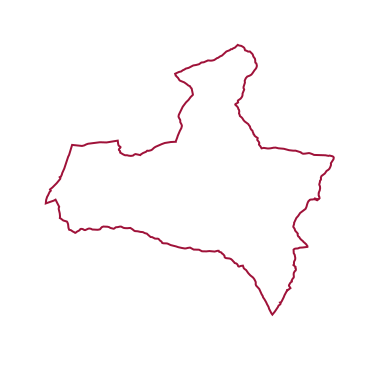 Talea, Prahova, Romania (Natural Earth projection), rotated 169°
{"feature_id": "2599482B77158206199320", "entity_name": "Talea", "entity_type": "district", "adm_level": 2, "iso_a3": "ROU", "parent_name": "Romania", "parent_adm1": "Prahova", "projection": "natural_earth1", "projection_center": [25.556, 45.224], "detail": "fine", "context": "isolated", "style": "outline", "palette": "rose", "viewbox_px": 384, "rotation_deg": 169, "n_neighbors": 0, "source": "geoboundaries", "source_scale": "gbopen_adm2", "svg_char_len": 5997}
<svg xmlns="http://www.w3.org/2000/svg" viewBox="0 0 384 384"><g transform="rotate(169 192 192)"><path d="M300.7,261.1L305.6,251.8L306.8,250.3L312.9,239.4L315.8,235.3L316.4,234.0L317.6,232.3L319.0,231.8L318.5,230.9L318.9,230.0L323.1,226.5L328.1,223.1L330.9,221.6L330.4,220.2L331.9,219.1L333.9,216.3L335.2,214.8L336.7,212.0L337.7,208.7L329.4,209.9L327.4,210.5L325.2,202.8L325.8,201.8L326.1,200.8L325.9,196.2L326.2,193.2L326.7,191.6L325.9,191.0L323.8,188.6L320.5,186.9L320.1,186.0L319.8,184.0L320.1,180.4L319.8,178.4L318.0,177.5L316.7,176.1L315.3,175.0L314.5,174.2L314.0,174.2L312.8,174.9L309.7,175.9L308.8,176.8L308.0,177.0L306.9,176.7L305.7,176.0L305.2,175.4L304.6,175.1L304.0,175.0L300.7,175.8L299.6,175.7L298.3,175.2L297.0,174.2L291.7,172.9L289.6,172.9L289.1,173.1L288.6,173.7L287.2,174.7L285.6,175.0L281.5,174.0L279.9,173.2L279.0,172.3L276.0,170.9L275.2,171.0L274.2,171.6L273.4,171.9L271.6,171.7L269.4,171.8L268.1,171.5L266.1,169.9L264.6,169.3L262.3,168.8L259.4,168.5L257.5,166.7L256.3,165.2L255.4,164.5L252.8,163.8L250.3,162.7L247.9,162.0L246.1,160.6L244.2,159.7L243.1,158.1L241.2,155.7L239.7,155.3L237.2,153.3L234.5,152.7L233.8,152.3L232.5,150.2L231.5,149.3L230.9,147.6L229.8,147.1L226.8,146.4L225.8,146.0L223.1,144.0L218.0,141.6L215.9,140.4L212.4,138.9L209.7,137.9L208.4,137.8L206.8,137.9L204.5,137.8L201.4,135.2L196.1,134.0L193.5,131.9L189.4,131.0L186.2,130.7L181.1,129.2L178.0,129.4L177.0,129.2L176.8,128.2L174.7,127.0L174.4,126.1L173.4,125.1L172.6,123.8L172.3,123.1L172.4,121.9L172.1,121.3L171.2,120.6L167.7,119.5L166.4,118.6L165.4,117.3L164.7,116.0L164.1,115.2L163.7,114.2L162.2,113.4L161.6,112.8L161.1,111.9L160.9,110.6L160.6,110.1L160.0,109.8L158.3,110.1L156.1,110.0L155.7,107.3L155.0,106.3L153.8,105.1L152.2,101.5L150.7,99.1L148.4,96.4L147.5,94.6L146.7,91.9L146.7,91.0L147.1,89.1L146.9,87.9L144.5,84.0L143.1,78.1L142.5,76.7L142.3,75.0L141.4,73.0L140.2,69.5L139.8,67.7L138.8,64.6L138.6,62.6L137.2,57.8L136.5,56.3L133.5,58.8L129.6,62.7L128.7,64.0L127.7,64.4L126.6,65.1L126.3,65.7L126.4,66.3L126.6,66.7L125.6,66.8L124.8,67.6L122.1,71.1L120.9,73.0L117.8,76.8L117.6,76.8L117.3,77.7L117.0,77.7L116.8,77.4L116.4,77.5L113.7,78.9L114.7,81.4L114.6,82.0L113.0,83.9L111.9,84.7L111.1,85.0L110.9,85.5L111.1,86.0L109.7,87.7L108.5,88.6L108.2,89.4L107.9,91.9L107.5,93.1L106.3,94.6L105.2,95.2L104.8,96.2L104.7,96.8L105.1,97.8L104.7,98.2L104.6,98.6L106.3,100.9L105.9,101.1L105.7,101.5L105.3,103.7L104.7,104.7L103.8,105.8L103.5,106.4L103.2,107.6L103.2,110.8L103.8,112.5L103.3,116.0L102.3,116.6L101.2,116.7L98.8,116.4L96.9,116.8L93.8,116.4L89.2,116.1L89.0,116.8L89.5,117.8L89.8,118.8L90.7,119.9L91.2,120.8L91.9,121.4L92.5,122.6L93.9,124.3L94.9,125.9L95.3,127.3L96.0,127.9L96.3,128.5L96.5,129.8L96.1,131.0L98.1,134.4L98.3,136.3L99.2,138.4L99.0,139.1L97.8,141.3L97.7,142.2L94.5,146.6L92.4,148.2L89.8,150.8L83.7,153.8L82.4,155.7L81.4,157.8L80.3,159.7L79.3,160.9L78.5,161.2L78.0,161.8L76.7,161.9L74.8,161.6L73.6,161.7L73.0,161.4L72.7,162.0L72.2,161.7L72.5,162.0L72.4,162.1L71.8,161.8L71.7,161.0L71.3,160.3L70.5,160.0L70.3,160.1L70.4,160.7L70.2,161.1L68.8,160.9L68.0,161.5L67.9,162.8L68.2,163.3L68.1,164.0L68.3,164.4L68.3,164.9L68.1,165.4L68.0,166.2L67.8,166.4L67.8,166.9L66.9,168.4L66.4,169.0L65.5,171.3L65.3,173.2L65.6,174.4L65.6,175.3L64.8,176.8L64.1,178.7L63.4,179.2L62.9,180.0L62.8,181.4L62.7,181.7L61.8,183.0L58.1,184.8L55.9,187.0L53.9,187.8L52.6,188.7L51.4,190.3L50.4,192.0L50.2,193.7L46.9,197.1L46.3,198.6L46.5,199.5L47.2,200.2L49.9,201.5L51.0,201.4L54.1,202.6L65.1,205.1L66.9,206.4L69.0,207.6L69.8,207.9L73.7,208.1L75.3,208.3L76.1,208.6L77.3,209.6L77.6,210.2L82.4,212.8L84.6,213.2L88.7,214.5L93.6,216.9L98.8,218.4L101.4,219.6L103.2,219.9L106.6,219.9L108.4,220.1L109.5,220.3L113.1,221.6L115.4,221.6L116.1,223.7L116.9,225.1L117.2,225.8L117.1,226.3L116.7,226.9L116.6,227.7L116.8,228.3L118.0,230.7L117.8,231.3L117.3,232.0L117.2,232.4L119.2,234.5L120.0,235.6L120.0,236.5L120.6,237.2L120.6,238.3L120.9,239.4L121.0,240.7L122.0,242.0L122.6,243.9L122.6,245.3L123.3,246.5L123.8,247.9L126.8,251.2L127.7,252.7L128.4,254.6L129.0,255.7L130.5,257.5L130.5,259.0L130.9,260.0L130.2,262.2L130.2,263.6L130.7,264.7L130.7,265.7L131.2,267.1L132.8,269.3L132.8,269.6L132.8,269.8L132.1,270.2L130.0,270.9L129.6,271.2L129.7,272.6L129.3,273.1L126.4,274.4L125.0,275.7L124.5,276.3L123.9,277.5L123.6,279.0L121.5,282.2L121.2,282.8L121.6,284.2L121.3,285.4L119.2,289.2L119.0,291.2L117.5,293.4L115.7,294.8L113.2,295.2L111.3,295.9L109.9,297.1L107.3,299.7L106.0,300.7L105.1,301.7L104.4,303.0L104.2,303.9L104.3,305.9L105.1,306.9L105.1,307.5L104.8,309.3L104.8,310.9L105.9,313.2L106.1,315.1L106.4,316.0L108.4,318.9L110.1,319.1L111.7,320.4L112.8,320.9L113.0,321.6L113.0,322.8L113.3,323.6L113.9,324.4L115.7,326.0L118.0,326.9L119.0,327.7L122.4,325.5L124.1,325.2L125.3,324.6L126.7,324.7L127.9,324.0L131.4,323.4L136.5,320.2L138.7,319.7L140.6,318.8L142.0,318.6L143.8,317.8L145.1,317.3L146.6,317.2L148.3,317.3L151.2,318.1L155.7,317.1L158.1,317.3L160.7,316.1L163.8,315.9L166.6,316.0L171.6,314.5L174.6,314.3L176.0,313.7L178.0,313.2L179.6,312.4L182.0,312.3L186.0,311.3L185.8,309.6L185.6,309.6L185.1,308.3L184.0,306.8L183.0,304.2L182.4,303.5L178.7,301.1L176.6,298.9L175.3,297.3L173.7,296.1L173.4,294.8L172.6,293.7L172.5,287.5L172.7,287.1L175.2,285.5L177.8,283.1L180.8,281.1L184.8,277.5L190.2,270.3L190.8,268.8L190.8,268.0L190.5,266.9L189.9,265.2L189.9,264.2L190.2,262.8L189.5,260.6L189.3,259.5L189.3,258.8L190.3,256.7L192.2,254.4L195.3,249.8L196.1,248.3L198.2,244.9L198.3,244.4L203.2,245.1L209.4,245.3L212.5,244.8L219.2,243.3L220.9,242.6L223.1,241.2L224.4,240.8L226.7,240.7L228.1,241.1L229.6,240.2L232.6,239.6L234.9,238.7L235.7,238.1L240.2,240.0L241.4,239.8L243.0,239.0L245.1,239.1L247.1,239.7L248.8,240.5L250.6,240.8L252.1,241.8L255.0,244.4L254.8,245.0L254.9,245.7L255.0,246.2L255.6,246.9L255.7,247.5L255.2,248.3L254.0,249.1L253.6,249.7L253.7,250.0L254.8,251.1L255.2,251.8L255.3,253.1L255.1,256.6L265.3,256.9L266.7,257.0L272.8,258.4L284.8,259.2L286.8,258.9L288.9,258.3L291.2,258.2L300.7,261.1Z" fill="none" stroke="#9f1239" stroke-width="2"/></g></svg>